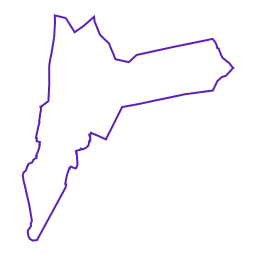 outline of Tlalixtac de Cabrera, Oaxaca, Mexico
{"feature_id": "50627088B32865736340777", "entity_name": "Tlalixtac de Cabrera", "entity_type": "district", "adm_level": 2, "iso_a3": "MEX", "parent_name": "Mexico", "parent_adm1": "Oaxaca", "projection": "natural_earth1", "projection_center": [-96.634, 17.078], "detail": "fine", "context": "isolated", "style": "outline", "palette": "violet", "viewbox_px": 256, "rotation_deg": 0, "n_neighbors": 0, "source": "geoboundaries", "source_scale": "gbopen_adm2", "svg_char_len": 2625}
<svg xmlns="http://www.w3.org/2000/svg" viewBox="0 0 256 256"><path d="M76.2,168.1L77.5,164.7L76.8,153.7L76.4,153.8L76.0,150.9L76.4,150.8L76.5,150.8L77.0,150.7L79.1,150.0L79.3,149.8L79.6,149.8L79.8,149.9L80.7,149.2L81.0,148.7L81.5,149.4L82.2,149.3L83.0,149.0L83.4,149.1L84.7,148.5L85.8,147.8L86.1,147.7L86.3,147.5L86.8,147.1L88.0,146.1L88.8,144.2L88.9,143.4L88.9,142.3L89.0,141.8L89.7,141.4L89.8,141.1L89.7,140.8L89.9,140.8L89.8,140.6L89.9,140.3L90.1,140.0L90.4,139.7L90.5,139.5L90.4,139.2L90.2,138.8L90.0,138.3L90.1,137.3L90.0,137.1L90.1,136.8L90.2,136.7L90.3,136.4L90.1,136.2L89.5,135.9L89.4,135.7L89.3,135.3L89.2,134.8L89.3,134.5L89.5,134.4L90.0,134.5L90.4,134.4L90.6,134.1L90.6,133.6L91.0,133.2L91.0,132.9L93.8,134.0L97.1,135.4L100.4,136.9L106.0,139.4L106.4,138.4L106.5,138.1L113.1,125.1L122.1,107.1L140.3,103.7L152.8,101.0L185.2,94.2L212.9,90.5L217.4,81.0L221.9,77.0L225.8,75.9L233.3,67.8L232.2,67.0L229.9,64.0L229.1,62.9L227.6,62.0L222.2,57.3L221.4,55.5L220.6,54.2L220.3,52.4L219.6,51.3L218.8,48.5L217.5,48.4L216.9,47.1L217.0,46.3L216.0,43.7L214.8,41.6L212.6,38.9L204.5,40.6L173.1,47.0L153.8,51.2L136.6,55.0L128.8,62.2L115.5,59.2L115.2,58.9L113.5,54.3L110.7,47.8L109.1,43.5L100.1,35.0L94.5,21.2L94.1,16.8L83.5,26.0L74.7,32.2L65.8,18.1L65.5,18.0L54.8,15.4L55.0,22.0L54.2,36.8L51.4,53.9L50.6,57.5L49.7,62.6L49.2,65.7L49.2,69.2L49.2,77.7L49.3,83.4L49.0,89.2L48.5,99.7L48.4,101.1L42.6,105.5L42.3,105.5L42.1,106.0L41.8,106.3L41.6,106.3L40.4,106.8L41.1,108.6L40.8,110.7L40.3,113.3L40.2,113.9L39.7,117.9L39.6,118.6L39.1,121.3L39.5,121.6L39.1,123.8L38.9,124.7L38.3,126.6L38.2,127.0L38.1,127.7L37.8,129.1L37.3,131.7L36.5,134.8L36.3,135.9L36.0,137.9L36.5,137.9L36.7,138.0L36.7,138.8L36.6,141.2L40.0,142.1L39.3,145.0L39.8,145.2L38.7,149.5L36.8,154.3L36.7,154.5L36.1,155.9L36.7,156.0L36.6,156.4L36.6,156.5L36.6,156.9L36.5,158.0L35.3,158.5L34.2,159.1L34.0,159.3L33.9,159.3L33.3,160.0L33.1,160.3L33.0,160.6L32.8,161.2L32.4,162.1L32.2,162.4L31.4,162.6L31.1,162.7L30.7,163.0L30.3,163.1L29.5,163.5L28.8,164.0L28.3,164.5L27.5,166.4L27.4,166.1L27.0,167.1L26.9,167.5L26.4,169.2L25.8,170.6L24.6,171.7L23.8,172.3L23.6,172.5L23.2,174.0L22.9,175.1L22.7,175.8L22.8,175.9L22.9,176.5L23.1,177.8L24.0,182.9L24.1,183.0L24.8,185.6L29.3,205.3L31.9,220.9L30.7,223.9L31.0,226.2L28.1,230.1L27.8,231.8L28.3,235.7L29.6,238.6L32.7,240.6L37.0,240.1L63.9,190.6L65.5,187.6L65.6,187.0L66.2,184.3L65.2,183.9L66.6,176.7L66.9,175.3L66.9,175.1L68.1,171.7L69.3,168.2L69.8,168.5L70.4,167.2L70.6,166.6L72.1,167.1L72.6,167.3L74.3,168.1L74.7,168.2L75.2,168.3L75.4,168.3L75.5,168.2L75.9,168.0L76.0,168.1L76.2,168.1Z" fill="none" stroke="#5b21b6" stroke-width="2"/></svg>